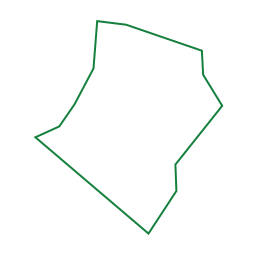 SVG path tracing the border of Christ Church Nichola Town, rotated 187°
{"feature_id": "KNA-5099", "entity_name": "Christ Church Nichola Town", "entity_type": "Parish", "adm_level": 1, "iso_a3": "KNA", "parent_name": "Saint Kitts and Nevis", "parent_adm1": "", "projection": "robinson", "projection_center": [-62.761, 17.359], "detail": "fine", "context": "isolated", "style": "outline", "palette": "green", "viewbox_px": 256, "rotation_deg": 187, "n_neighbors": 0, "source": "natural_earth", "source_scale": "10m", "svg_char_len": 311}
<svg xmlns="http://www.w3.org/2000/svg" viewBox="0 0 256 256"><g transform="rotate(187 128 128)"><path d="M94.8,25.7L218.8,107.5L196.4,121.2L184.0,144.9L169.5,182.9L171.6,230.3L142.6,230.3L64.1,213.7L59.9,190.0L37.2,161.5L76.5,97.5L72.3,71.4L94.8,25.7Z" fill="none" stroke="#15803d" stroke-width="2"/></g></svg>